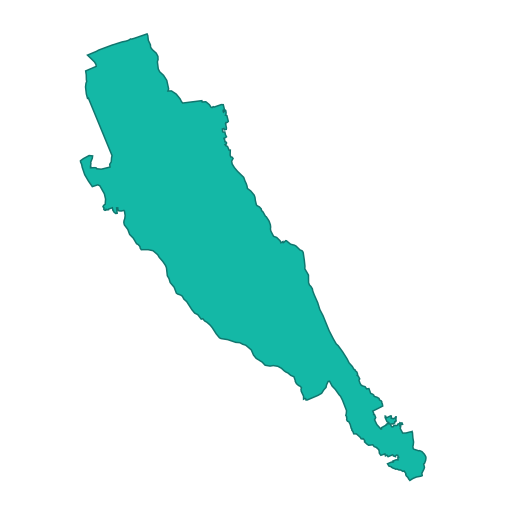 Colonesti, Bacau, Romania (Albers equal-area conic projection), rotated 183°
{"feature_id": "2599482B76470777389020", "entity_name": "Colonesti", "entity_type": "district", "adm_level": 2, "iso_a3": "ROU", "parent_name": "Romania", "parent_adm1": "Bacau", "projection": "albers", "projection_center": [27.253, 46.606], "detail": "fine", "context": "isolated", "style": "filled", "palette": "teal", "viewbox_px": 512, "rotation_deg": 183, "n_neighbors": 0, "source": "geoboundaries", "source_scale": "gbopen_adm2", "svg_char_len": 5975}
<svg xmlns="http://www.w3.org/2000/svg" viewBox="0 0 512 512"><g transform="rotate(183 256 256)"><path d="M376.4,472.1L389.0,467.0L391.6,466.1L392.6,466.2L394.7,464.7L397.0,463.8L400.9,462.8L410.8,459.1L423.9,453.4L426.1,452.0L434.8,447.8L427.4,441.3L425.8,438.8L425.5,437.0L435.8,431.9L435.0,428.1L434.6,423.1L434.2,421.4L434.8,419.7L435.1,415.9L433.9,408.9L432.5,404.6L431.7,405.0L405.0,348.7L405.4,346.6L405.5,342.4L406.9,339.9L406.4,337.2L415.0,334.6L419.6,334.8L420.0,335.5L421.4,335.8L425.9,335.4L425.9,335.9L425.6,335.8L425.7,337.0L426.0,337.1L425.7,339.5L426.0,340.9L424.6,345.0L424.4,347.4L427.9,347.6L433.5,344.2L436.3,341.9L436.1,340.7L434.9,338.3L434.2,335.5L431.3,328.2L427.2,322.0L423.1,316.7L417.7,318.8L415.6,317.9L410.7,310.2L409.2,305.0L409.3,299.8L410.4,299.0L411.4,297.5L411.1,296.8L410.3,296.1L410.5,294.8L410.1,294.2L409.2,293.7L408.7,293.8L408.2,294.8L407.8,294.7L407.7,294.2L405.7,294.5L405.7,295.1L402.0,296.7L401.3,294.1L401.0,294.2L400.2,292.5L398.3,291.1L396.9,291.4L397.7,296.8L396.6,296.9L396.3,294.9L395.3,293.9L392.8,293.9L390.3,294.6L389.7,293.9L388.8,289.6L389.0,286.6L389.7,284.0L389.7,282.3L389.1,280.2L385.4,275.8L383.3,270.9L379.5,267.4L375.9,262.0L374.2,261.2L372.5,259.5L372.0,257.7L370.9,256.3L364.0,256.7L359.1,255.9L354.2,252.1L352.5,249.5L348.8,245.7L345.8,241.7L344.8,239.5L343.5,231.6L341.7,228.9L340.3,225.0L336.1,220.5L333.6,214.8L332.2,213.9L329.3,213.1L327.5,212.0L325.7,209.1L322.8,206.8L317.2,199.0L314.3,195.8L311.1,194.4L307.4,190.1L305.9,190.6L303.8,188.4L301.6,187.3L298.2,184.6L295.9,182.1L291.6,176.1L288.2,172.4L286.6,171.7L279.8,171.0L271.7,168.7L267.6,168.6L264.7,167.2L261.6,166.4L255.8,162.0L253.3,156.9L250.5,153.8L244.3,150.4L241.2,147.4L236.2,146.8L233.0,147.5L228.4,147.0L224.7,145.2L221.7,142.7L219.9,141.6L218.2,141.0L215.0,138.6L211.8,137.4L210.3,133.7L210.2,132.8L208.9,130.6L206.7,128.9L205.0,128.2L203.7,126.8L204.1,125.2L203.7,123.2L201.2,118.5L201.0,115.5L199.6,116.3L199.0,116.2L198.5,114.8L197.3,114.9L186.9,120.0L183.3,122.3L181.2,126.0L179.2,128.4L178.8,131.0L177.4,134.5L176.0,134.8L173.2,130.1L169.8,126.9L165.7,121.7L164.3,120.4L162.1,116.6L157.5,106.3L157.6,103.2L158.0,101.5L157.1,100.3L157.1,99.5L156.8,98.9L156.9,97.2L156.0,95.8L154.7,95.4L153.1,92.7L151.9,88.9L151.2,88.2L151.3,87.3L149.9,85.5L149.1,83.5L146.4,83.6L142.2,80.2L141.5,79.0L140.1,78.8L139.7,79.3L139.0,78.9L137.7,77.1L137.9,76.8L137.6,76.3L137.8,76.0L135.3,73.9L133.6,72.9L129.5,73.6L128.1,71.9L125.3,71.0L125.1,70.4L123.4,69.2L122.8,67.7L122.5,65.5L120.9,63.5L116.9,65.1L116.3,63.2L114.9,64.0L113.6,62.5L109.2,64.6L108.3,64.0L108.3,63.5L106.2,62.9L106.2,63.8L105.2,64.6L104.0,64.4L103.7,63.3L103.0,62.6L103.8,62.0L103.5,59.9L105.5,59.8L108.5,58.4L108.0,57.7L108.6,57.3L110.0,57.3L113.8,55.4L112.2,53.1L110.0,52.7L109.6,52.0L108.8,51.9L108.3,51.4L106.3,50.9L105.6,50.4L104.0,50.6L102.0,49.8L100.5,49.9L98.0,48.6L96.8,49.0L95.0,46.6L95.0,45.4L94.4,44.3L92.6,42.7L92.1,41.6L90.6,39.9L87.7,42.0L84.2,43.7L79.9,44.7L78.5,45.4L79.0,47.7L77.1,52.1L76.7,53.8L77.7,57.0L76.8,57.9L75.9,60.8L75.7,63.3L76.0,64.6L77.5,66.9L80.0,69.3L82.4,70.2L83.4,70.0L88.5,71.4L89.0,72.1L89.4,74.4L89.1,75.2L88.9,78.5L89.8,82.5L90.5,87.8L91.0,89.0L91.7,88.4L92.5,88.5L96.9,87.1L100.2,86.8L102.9,91.2L102.6,93.5L103.5,93.8L103.5,94.6L100.8,95.6L101.5,97.0L102.8,96.7L103.6,97.1L103.9,96.2L105.5,95.6L105.8,94.5L107.3,93.9L108.4,94.3L109.5,93.8L109.7,92.9L111.2,92.4L112.4,93.7L113.0,95.1L110.6,95.7L110.3,95.4L108.7,96.6L108.8,97.7L107.7,98.1L107.5,98.6L107.5,99.4L107.8,99.7L107.6,102.7L108.1,102.7L108.9,101.4L110.5,100.6L110.9,101.0L112.5,101.0L112.5,103.3L113.2,103.4L117.0,101.3L117.6,101.3L118.0,102.7L118.6,102.9L118.6,101.4L116.5,97.4L114.7,96.6L114.3,95.4L116.0,95.5L117.1,94.6L116.8,94.2L121.6,91.2L121.6,89.9L122.2,89.7L126.5,94.0L129.0,98.6L129.0,99.3L128.6,99.4L128.0,100.9L129.3,103.7L130.2,103.8L130.1,104.8L131.3,107.2L121.6,112.8L122.1,115.0L122.7,115.9L122.7,116.9L123.4,117.9L125.1,118.7L125.7,120.2L127.8,121.3L130.6,122.0L131.1,123.2L132.3,124.1L134.3,124.8L136.3,129.5L138.6,129.1L140.2,131.2L143.4,132.0L143.6,132.4L144.2,132.5L145.5,134.4L146.7,137.4L146.0,138.7L147.7,141.6L148.7,142.0L148.3,143.2L149.2,145.4L150.9,146.7L151.1,147.5L152.4,148.1L154.0,150.7L157.5,154.2L159.7,158.1L164.5,164.9L169.2,170.7L171.3,172.4L174.4,177.2L179.0,185.1L186.0,200.0L189.5,205.9L191.9,212.5L195.9,220.4L197.5,224.1L198.0,226.2L199.6,228.5L201.0,229.7L202.1,232.1L202.6,239.7L206.6,245.8L206.6,248.4L207.5,254.1L209.0,261.7L209.6,262.9L210.4,263.7L212.3,264.3L216.5,268.0L218.2,268.8L222.1,269.6L226.4,272.8L227.1,272.9L229.2,270.8L229.7,270.8L229.9,271.8L231.8,270.5L232.7,272.4L236.3,275.6L239.5,276.6L242.5,281.7L243.0,283.7L242.9,285.7L243.3,288.0L244.8,291.6L247.7,295.6L248.7,296.2L251.3,300.4L252.8,301.7L253.3,303.4L255.2,305.2L257.7,306.4L258.3,307.2L259.5,311.2L260.1,314.5L261.0,316.7L264.6,320.6L268.1,323.0L268.6,325.3L269.5,327.7L270.9,330.3L272.4,333.9L278.8,339.5L282.1,343.0L284.6,346.6L285.3,349.5L284.0,352.2L285.0,353.4L286.4,353.7L287.1,355.4L287.2,360.4L288.4,360.3L290.2,363.9L291.8,364.5L292.7,365.6L291.8,365.8L291.8,366.4L291.4,366.7L291.4,367.7L292.2,368.4L293.1,368.5L293.2,370.1L294.2,371.6L294.1,372.0L293.1,372.3L291.7,373.5L292.9,375.6L293.6,378.2L295.4,378.0L295.9,378.6L296.2,381.1L294.7,381.7L294.2,380.3L292.3,380.9L292.2,382.3L293.3,386.4L293.0,386.4L293.0,387.7L291.6,388.0L290.7,389.0L292.4,394.6L293.8,395.0L293.4,395.7L293.4,397.7L293.9,399.8L295.0,400.5L295.0,398.9L296.0,397.9L296.3,398.4L296.4,399.7L295.8,399.7L295.4,401.4L296.6,405.4L298.6,405.4L305.7,402.5L306.6,402.9L307.6,401.9L308.7,402.2L310.5,404.7L313.7,407.1L314.3,407.4L317.8,407.0L318.2,408.3L337.2,404.9L338.6,406.4L340.0,408.9L344.1,413.5L349.0,416.4L352.6,416.2L352.0,418.3L354.3,426.7L357.8,431.6L361.8,434.9L363.4,437.7L364.6,444.4L364.6,445.3L364.1,446.9L364.4,450.2L366.3,453.4L370.3,456.6L371.7,458.3L372.2,459.1L372.5,461.4L374.8,465.7L375.6,470.4L376.4,472.1Z" fill="#14b8a6" stroke="#0f766e" stroke-width="1.5"/></g></svg>